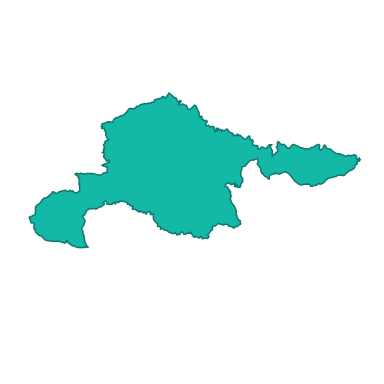 Xochicoatlán, Hidalgo, Mexico (Robinson projection), rotated 34°
{"feature_id": "50627088B82617761182934", "entity_name": "Xochicoatlán", "entity_type": "district", "adm_level": 2, "iso_a3": "MEX", "parent_name": "Mexico", "parent_adm1": "Hidalgo", "projection": "robinson", "projection_center": [-98.634, 20.789], "detail": "fine", "context": "isolated", "style": "filled", "palette": "teal", "viewbox_px": 384, "rotation_deg": 34, "n_neighbors": 0, "source": "geoboundaries", "source_scale": "gbopen_adm2", "svg_char_len": 6026}
<svg xmlns="http://www.w3.org/2000/svg" viewBox="0 0 384 384"><g transform="rotate(34 192 192)"><path d="M153.5,122.3L146.7,118.3L146.2,118.4L145.5,118.7L144.4,124.3L143.9,124.7L142.0,125.4L138.9,123.4L138.0,124.1L136.7,123.8L134.7,124.5L134.0,126.5L132.8,127.1L131.6,126.8L132.4,124.6L132.2,122.8L130.8,123.0L131.1,124.0L129.9,125.1L125.9,122.9L125.2,123.6L117.6,122.8L117.6,128.9L115.0,128.8L114.0,129.6L114.1,131.2L109.5,136.4L110.1,138.5L108.3,140.4L108.3,141.6L106.5,142.3L105.5,144.0L103.5,145.0L100.4,148.4L100.1,150.5L98.5,151.6L97.8,154.9L96.0,156.4L94.0,157.2L93.1,158.6L93.2,162.0L92.3,166.5L90.3,168.8L89.1,171.3L87.1,173.5L86.6,175.9L87.1,177.9L86.9,178.6L82.8,180.9L81.2,183.8L79.3,185.9L80.4,187.1L80.0,188.3L81.0,188.4L81.6,189.7L83.5,188.2L85.0,189.9L86.8,190.3L89.0,193.4L91.6,194.6L92.2,195.4L93.6,195.3L93.1,197.1L92.0,197.8L91.7,199.3L92.7,199.8L92.2,202.1L93.4,203.4L94.6,203.8L94.9,205.0L94.6,205.7L95.4,206.4L95.4,207.4L96.9,208.0L95.8,209.2L97.3,209.1L98.7,210.7L98.9,212.3L102.9,213.4L103.5,214.2L104.4,213.9L105.1,212.0L106.9,213.1L105.3,216.0L103.4,218.3L102.6,220.2L108.1,219.0L110.6,223.3L108.0,225.8L107.3,228.5L105.4,230.0L98.6,232.6L94.0,235.8L93.5,237.1L92.1,237.3L90.9,238.7L89.5,238.3L88.5,240.2L86.1,240.9L85.2,241.9L85.3,242.7L88.4,242.6L90.0,243.9L91.3,243.4L91.5,244.8L93.1,246.8L93.7,248.7L95.1,249.4L98.1,253.7L97.5,256.1L95.7,258.1L94.5,258.3L92.6,257.6L92.0,259.1L90.5,258.5L89.7,259.2L89.3,260.5L87.6,261.6L86.0,261.3L81.7,266.1L81.2,268.2L79.7,269.2L78.0,269.0L76.2,269.9L76.6,270.9L74.8,277.9L72.8,279.8L72.2,282.4L72.3,286.3L71.0,289.1L70.6,291.7L74.6,298.4L71.2,304.1L76.1,307.6L76.9,306.6L78.6,306.4L79.4,306.9L79.8,308.5L81.6,310.8L84.0,311.7L84.4,312.5L85.6,313.0L87.4,312.9L88.7,313.6L92.2,312.7L97.0,313.9L98.2,313.6L104.3,310.7L108.9,307.4L115.3,305.4L115.9,304.2L115.1,302.8L115.3,302.1L118.1,303.3L122.0,303.5L128.3,301.9L132.5,299.3L133.1,298.3L134.4,298.0L134.4,297.1L136.4,296.2L136.6,295.8L134.6,295.4L131.1,293.2L126.5,288.3L124.3,286.8L123.2,285.4L121.7,284.7L120.7,283.3L120.7,279.2L119.5,275.6L116.0,274.0L114.8,272.7L115.8,270.9L115.0,265.9L115.9,264.8L115.9,263.0L117.3,262.9L119.9,260.5L121.7,260.0L122.8,258.6L123.1,256.5L124.8,255.4L126.2,251.2L125.9,250.5L124.3,250.3L124.7,248.2L125.9,247.5L128.1,249.4L129.7,249.0L132.7,246.7L132.8,244.5L133.6,244.3L135.0,244.8L134.9,242.6L136.9,241.9L137.6,239.3L139.3,239.0L140.7,237.9L143.7,237.0L145.4,238.2L146.7,237.2L148.3,237.8L151.3,236.9L151.6,238.8L152.3,239.5L154.8,238.0L157.9,238.3L159.8,237.0L159.3,237.9L159.6,238.2L160.7,236.2L163.2,236.7L163.8,235.1L166.2,236.1L166.5,235.4L166.0,233.9L167.7,232.4L169.1,232.2L169.9,233.6L170.5,233.8L172.3,232.0L175.3,236.2L178.8,237.5L181.4,237.5L182.0,239.0L182.8,239.6L185.5,238.7L186.5,239.5L186.7,241.1L187.3,239.1L187.9,238.6L190.3,239.2L190.8,238.6L192.8,238.1L195.8,238.3L197.2,237.5L198.2,237.7L200.2,236.6L200.7,235.1L203.7,236.0L204.6,234.3L205.7,233.8L205.4,231.5L205.8,230.4L207.1,230.6L208.4,231.5L210.4,230.8L210.8,228.8L213.4,227.6L213.0,226.7L213.2,226.1L218.8,228.4L219.3,228.1L219.6,227.0L223.7,226.1L224.0,224.1L224.8,223.9L225.6,224.7L226.9,224.9L228.3,223.0L230.9,221.8L231.0,219.4L228.8,218.5L229.3,216.9L229.1,214.0L230.1,212.4L228.4,208.9L228.5,208.2L230.4,207.0L231.2,203.2L233.1,203.1L234.1,202.2L236.1,202.2L236.2,201.5L239.6,198.8L241.5,199.7L244.1,198.6L247.0,198.5L247.3,196.5L249.1,194.9L249.4,192.8L250.2,191.6L250.1,190.9L248.7,190.3L248.2,188.9L245.9,189.0L243.6,187.8L242.4,186.4L241.4,186.2L238.6,182.3L234.8,180.0L231.1,178.8L228.3,176.9L227.5,175.9L226.6,173.2L224.2,171.6L224.2,170.4L223.2,170.4L222.5,169.5L221.5,169.6L219.1,168.2L216.0,168.4L215.8,166.6L216.3,164.7L216.8,164.8L217.3,163.9L220.4,164.0L220.6,163.1L222.5,161.9L222.2,160.2L223.7,162.7L223.9,161.9L224.4,162.6L224.2,163.7L224.9,162.7L224.8,161.8L225.4,163.2L225.8,162.8L225.7,161.1L227.6,162.6L229.2,161.2L228.0,157.4L228.3,155.0L227.3,154.1L227.1,153.1L223.3,151.0L221.3,148.3L220.8,145.8L219.4,143.3L221.6,140.6L222.0,135.8L223.1,132.4L224.9,131.5L227.6,127.6L230.1,130.1L230.2,131.8L231.0,132.5L235.5,133.9L237.3,136.1L239.5,137.5L240.1,137.1L242.8,138.1L244.4,138.2L245.6,137.6L247.0,138.3L248.7,138.2L248.9,138.0L247.2,135.6L247.4,134.2L249.4,131.4L250.6,130.7L250.7,129.4L254.5,128.4L256.6,124.4L258.4,123.1L260.2,122.5L265.2,123.4L271.0,125.5L276.8,125.7L278.4,125.3L281.0,122.6L283.6,120.9L283.5,120.3L285.8,120.1L287.3,120.9L288.7,119.9L289.3,118.3L290.7,117.6L291.8,116.0L292.0,114.2L293.3,114.1L294.7,113.1L296.3,109.6L296.0,108.0L296.9,106.2L296.4,105.5L302.5,98.7L304.0,96.0L308.8,93.4L309.3,90.4L311.1,85.2L312.2,84.5L312.6,82.6L313.2,82.1L312.5,78.3L313.2,76.0L311.8,75.3L311.7,74.7L313.3,72.8L313.4,71.1L311.6,70.4L311.6,72.2L310.8,72.7L307.8,70.2L306.1,70.1L303.0,73.6L301.5,73.7L299.5,76.4L293.1,77.8L289.9,79.5L285.1,79.5L283.0,79.0L279.7,80.5L276.0,78.8L275.4,79.5L276.2,83.2L275.1,85.3L273.3,84.9L271.7,81.8L270.3,81.8L269.0,83.5L267.6,87.1L266.3,88.1L264.4,91.6L262.5,92.3L261.2,93.4L258.8,93.7L257.7,94.6L254.0,94.8L249.4,95.9L248.8,97.1L248.2,101.5L245.6,102.3L244.5,101.4L241.4,101.1L240.2,102.7L235.2,102.0L235.5,104.0L237.3,106.1L236.7,107.4L239.6,109.1L240.3,110.4L238.4,117.3L235.5,112.9L231.8,110.8L231.4,110.3L231.6,108.4L229.7,109.5L229.0,115.0L225.0,115.4L224.2,116.3L224.3,118.6L222.8,119.4L220.5,116.9L217.3,118.7L216.0,118.9L215.2,118.2L214.5,116.0L213.1,114.9L211.1,116.1L208.5,113.5L207.7,114.0L207.2,117.5L206.5,118.5L205.3,118.8L200.2,118.1L199.0,118.9L198.1,118.5L197.1,118.8L197.7,120.4L195.8,120.9L194.8,122.2L193.1,120.7L188.7,121.4L187.2,120.3L185.7,120.3L184.7,123.1L182.7,123.7L182.5,125.1L181.4,124.1L180.7,124.1L179.8,125.7L178.4,124.7L176.9,125.2L176.6,125.8L178.4,127.2L178.3,127.9L177.3,129.1L176.6,127.6L174.8,127.7L174.4,126.0L173.5,125.8L171.8,126.4L171.0,128.0L168.6,127.4L166.8,129.0L165.7,128.8L165.2,127.8L165.4,125.3L163.9,124.5L162.2,126.5L160.7,125.4L158.9,126.1L158.1,125.3L158.3,124.0L157.5,123.9L156.1,125.2L155.4,125.1L153.5,122.3Z" fill="#14b8a6" stroke="#0f766e" stroke-width="1.5"/></g></svg>